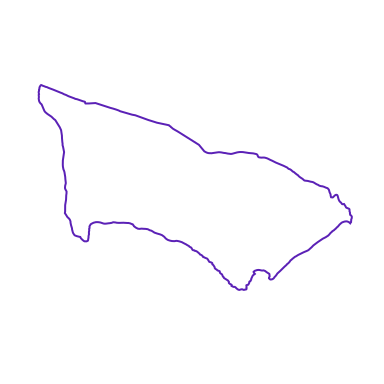 Forto, Gash Barka, Eritrea (Equal Earth projection), rotated 95°
{"feature_id": "51966322B10188364788737", "entity_name": "Forto", "entity_type": "district", "adm_level": 2, "iso_a3": "ERI", "parent_name": "Eritrea", "parent_adm1": "Gash Barka", "projection": "equal_earth", "projection_center": [37.054, 15.822], "detail": "fine", "context": "isolated", "style": "outline", "palette": "violet", "viewbox_px": 384, "rotation_deg": 95, "n_neighbors": 0, "source": "geoboundaries", "source_scale": "gbopen_adm2", "svg_char_len": 6006}
<svg xmlns="http://www.w3.org/2000/svg" viewBox="0 0 384 384"><g transform="rotate(95 192 192)"><path d="M284.2,129.4L283.6,129.2L282.5,129.5L282.0,129.3L280.6,129.7L280.1,129.6L280.0,129.4L279.5,128.0L279.3,127.8L277.6,127.1L276.6,127.1L276.3,127.0L276.0,126.7L275.9,126.4L275.8,126.1L275.0,125.8L274.2,125.4L273.3,125.4L270.2,124.3L269.0,123.4L268.7,122.8L268.1,122.2L267.1,123.2L266.3,123.7L266.1,123.7L265.0,122.5L264.1,120.4L263.9,119.4L263.8,118.0L264.1,116.1L264.1,115.0L263.9,114.2L263.9,113.7L264.3,112.3L265.4,110.6L266.8,107.9L267.6,107.6L269.5,107.3L270.4,107.8L271.2,107.8L271.9,107.1L272.3,106.4L272.3,105.8L272.0,104.6L271.7,104.2L271.3,103.5L270.7,103.0L269.3,102.2L268.7,101.6L267.9,101.1L267.0,100.5L265.8,99.9L263.0,97.3L258.3,93.3L256.4,91.5L255.7,91.1L254.5,89.8L252.9,88.6L251.6,87.9L251.0,87.2L249.7,86.0L247.6,83.8L247.1,82.9L245.5,80.8L242.4,75.7L241.7,74.4L240.6,72.3L240.0,71.3L239.3,70.5L238.5,69.8L236.6,68.0L234.7,66.5L231.0,62.4L227.1,57.6L225.3,54.7L224.8,54.2L224.0,53.0L222.6,51.7L220.7,50.4L219.5,49.2L219.1,49.0L218.5,48.3L217.6,47.1L217.0,46.7L216.3,45.9L214.3,44.3L213.9,43.8L211.5,42.1L209.7,40.4L209.1,39.6L208.2,37.6L207.9,36.3L207.8,35.8L207.8,34.9L208.3,33.1L209.4,31.7L208.7,31.4L208.4,31.0L208.1,30.9L207.4,31.0L206.8,30.9L205.6,31.0L204.2,30.6L202.8,30.6L202.2,30.9L201.5,31.5L201.0,32.4L199.7,32.8L199.2,32.7L198.3,33.0L197.5,33.4L196.1,33.5L195.3,33.8L195.0,34.2L194.2,36.8L193.9,37.2L192.9,37.8L190.7,39.5L191.0,40.7L191.0,41.2L190.8,41.6L189.5,42.7L189.2,43.3L188.8,43.7L188.0,44.5L186.6,45.3L183.3,46.5L182.6,46.9L182.3,47.3L182.2,48.1L182.5,48.8L183.0,49.4L185.0,51.1L185.2,51.6L185.1,53.0L183.4,53.6L182.2,53.8L180.3,54.9L178.1,55.7L177.4,56.2L176.4,57.3L176.0,59.0L175.3,61.0L174.9,63.0L175.0,63.7L174.6,65.7L173.9,67.0L173.4,68.6L171.8,71.8L171.5,73.1L171.4,74.6L170.9,77.5L170.8,80.7L170.6,81.3L169.3,83.0L167.9,85.6L166.9,87.1L166.1,87.8L165.6,88.8L164.3,90.8L163.7,91.6L163.1,92.5L162.9,93.3L161.5,95.1L160.9,96.2L160.5,97.8L160.1,98.4L159.4,99.2L157.9,103.1L155.4,111.0L153.8,115.0L153.2,116.8L152.3,119.0L151.8,120.5L151.4,122.7L151.5,124.4L151.7,125.5L151.7,127.4L151.5,128.7L151.1,129.1L150.2,129.7L149.8,129.8L149.0,130.4L148.6,131.3L148.2,134.3L148.2,138.8L147.8,144.7L147.9,146.7L148.1,148.4L148.6,150.4L150.4,155.3L150.7,156.5L150.6,159.7L150.3,162.1L150.3,163.6L150.0,166.4L150.0,168.6L150.3,170.1L151.7,176.0L151.8,177.8L151.8,179.3L151.4,181.0L150.4,183.3L144.4,189.2L132.9,211.6L131.4,214.9L130.5,216.7L129.5,218.0L129.2,218.6L128.6,219.1L128.1,220.2L127.5,220.8L126.0,233.1L125.4,235.7L124.1,241.7L120.5,255.2L120.2,258.4L117.9,270.1L117.6,271.2L117.2,272.0L116.4,275.1L115.8,277.9L115.3,280.7L111.8,295.9L112.8,302.5L113.0,304.4L113.1,305.8L112.6,306.2L111.7,306.4L111.4,306.8L111.1,308.6L109.6,314.5L109.5,315.3L109.4,316.5L109.1,317.0L107.3,323.5L106.3,326.0L105.8,327.9L104.9,330.0L104.6,331.2L102.1,339.3L100.8,344.0L100.2,345.6L100.0,347.0L99.6,348.2L99.1,350.2L98.7,351.0L98.6,351.6L98.8,351.7L99.2,352.2L100.4,352.8L101.0,353.0L102.1,353.1L102.7,353.0L103.3,353.3L103.7,353.3L104.7,353.2L105.2,353.4L106.4,353.4L107.9,352.9L108.6,353.2L110.7,352.8L111.3,352.8L112.1,352.9L114.2,352.4L115.0,352.1L115.7,351.7L117.0,350.6L117.6,349.7L118.1,349.3L123.2,346.6L124.4,345.9L125.4,344.9L125.8,344.3L126.8,342.9L129.2,338.6L130.5,337.0L131.4,335.9L132.1,334.7L132.5,334.3L139.0,329.4L141.8,327.8L147.2,326.5L149.7,326.2L153.7,325.5L154.8,325.2L156.7,325.0L158.2,324.4L163.4,322.9L171.8,323.4L176.1,323.1L178.0,322.8L180.8,322.0L181.8,321.4L183.3,320.8L188.1,319.6L190.1,319.3L193.5,318.6L194.5,318.5L196.8,318.9L198.7,318.9L199.7,318.7L200.8,318.1L201.9,317.3L202.5,317.0L204.4,316.9L206.2,317.0L210.7,316.8L216.1,317.2L222.5,316.7L224.1,316.8L226.5,314.9L227.3,314.4L228.1,313.6L229.1,312.3L230.1,311.4L230.8,311.0L231.9,310.5L233.3,310.3L235.6,309.6L238.6,308.4L240.2,308.1L240.8,307.8L242.1,307.4L243.5,306.7L245.3,305.2L245.6,304.4L246.0,303.0L246.4,300.6L246.5,299.4L247.7,298.7L249.1,297.1L250.2,295.5L250.5,294.6L250.4,293.3L250.3,292.6L249.6,291.5L249.0,291.3L248.1,291.3L246.4,291.1L246.0,291.2L244.6,291.2L242.8,290.9L242.2,291.1L240.6,291.2L239.5,291.0L239.0,291.1L238.4,291.1L237.8,291.3L236.7,290.9L235.8,291.1L235.1,291.1L233.0,290.1L232.5,289.5L231.2,287.4L230.4,285.1L230.2,283.2L230.3,281.3L230.4,280.4L231.1,277.5L231.2,276.6L231.1,275.3L230.4,272.2L230.2,271.0L229.9,270.2L229.8,269.5L229.0,267.9L229.0,267.5L229.0,265.9L229.2,264.1L229.1,261.5L228.9,260.2L228.8,258.9L228.6,257.9L228.6,256.9L228.5,253.8L228.4,252.8L228.6,251.0L229.2,249.1L229.3,248.4L229.6,248.3L229.8,247.9L230.4,247.3L231.2,246.8L231.3,246.5L231.8,245.8L232.5,244.6L232.9,243.7L233.0,243.2L233.3,242.6L233.3,241.0L232.9,239.1L232.9,238.0L232.8,235.0L232.9,233.0L233.0,232.6L233.8,230.7L234.1,229.0L235.3,226.6L235.7,226.0L236.4,223.2L237.0,220.1L237.6,218.1L239.0,215.8L240.6,214.1L241.5,212.6L241.9,211.7L242.4,209.5L242.6,207.7L242.5,205.1L242.1,203.7L242.0,202.8L242.2,200.7L242.6,198.8L243.0,197.3L243.5,196.3L244.7,193.3L245.3,192.2L246.0,190.6L246.3,190.1L246.7,189.8L247.5,187.9L249.6,186.4L249.9,185.7L249.9,184.9L250.0,184.4L250.3,184.2L250.6,182.4L251.3,181.2L252.4,179.7L252.7,179.2L253.5,178.6L254.0,177.1L254.5,176.3L254.9,176.0L255.3,175.4L255.7,175.3L255.9,175.1L255.9,174.3L256.4,173.3L257.0,171.2L257.6,170.5L259.8,168.9L260.1,168.6L260.5,166.7L260.9,165.8L261.3,165.5L262.1,165.5L262.4,165.3L262.9,164.4L264.9,162.9L265.8,162.7L266.4,162.1L266.6,161.9L267.1,160.7L267.9,159.8L268.3,158.1L268.6,157.5L268.9,157.4L269.8,157.2L270.1,157.0L270.5,156.6L271.5,154.9L273.6,153.8L274.1,153.0L274.9,152.6L277.1,148.4L278.3,147.4L279.2,147.4L279.7,147.1L280.4,145.9L280.6,145.2L281.1,144.4L281.3,144.3L281.7,144.5L282.1,144.5L282.3,144.1L282.9,142.4L282.9,142.1L282.8,141.5L282.8,141.1L283.4,140.0L283.9,139.6L284.7,138.4L285.0,138.0L285.4,136.7L285.4,136.2L284.8,134.8L284.6,134.1L284.6,133.1L284.9,132.5L285.0,131.8L284.8,131.3L284.8,131.0L284.5,130.5L284.5,130.0L284.2,129.4Z" fill="none" stroke="#5b21b6" stroke-width="2"/></g></svg>